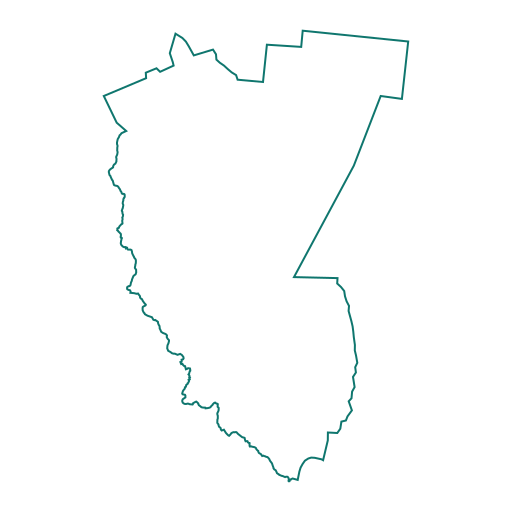 Apostoles, Misiones, Argentina
{"feature_id": "61730980B76555431598408", "entity_name": "Apostoles", "entity_type": "district", "adm_level": 2, "iso_a3": "ARG", "parent_name": "Argentina", "parent_adm1": "Misiones", "projection": "natural_earth1", "projection_center": [-55.748, -27.916], "detail": "fine", "context": "isolated", "style": "outline", "palette": "teal", "viewbox_px": 512, "rotation_deg": 0, "n_neighbors": 0, "source": "geoboundaries", "source_scale": "gbopen_adm2", "svg_char_len": 6098}
<svg xmlns="http://www.w3.org/2000/svg" viewBox="0 0 512 512"><path d="M297.7,479.9L299.4,471.5L300.6,467.6L302.6,464.0L304.9,460.7L308.3,458.5L311.2,457.6L314.7,457.8L321.5,459.3L323.1,460.2L327.8,440.4L327.9,432.5L337.3,433.0L340.3,428.7L341.4,421.6L345.9,420.5L347.5,416.4L351.9,410.4L348.7,401.3L351.5,398.3L352.1,391.6L354.6,387.1L353.8,382.0L353.0,376.9L355.9,372.5L355.2,367.2L357.3,362.8L356.0,355.4L354.8,350.4L354.9,345.0L353.8,337.1L353.3,331.8L352.6,326.4L351.4,321.2L348.6,311.0L349.0,305.9L346.6,301.3L345.0,296.3L344.2,291.0L341.0,287.0L337.2,283.5L337.5,278.1L294.0,277.1L353.8,165.7L380.7,96.0L401.9,98.9L408.2,41.5L302.7,30.7L301.2,46.9L266.9,44.7L263.0,82.0L237.6,79.7L236.1,75.1L231.7,72.4L227.8,69.1L224.0,65.6L219.8,62.7L216.4,59.6L216.0,54.3L213.0,49.6L193.8,55.4L188.7,46.2L185.9,41.6L182.4,38.0L175.5,33.7L169.8,53.2L172.8,62.2L173.6,65.6L160.1,71.8L156.5,68.3L145.8,72.7L146.1,78.2L103.8,96.0L116.7,122.7L126.2,131.0L121.5,133.2L120.4,134.7L119.6,135.3L119.0,137.0L117.7,139.2L117.0,142.5L117.0,144.0L117.5,145.5L117.5,146.6L117.3,147.3L117.2,150.6L117.5,151.6L117.6,152.3L117.2,154.6L116.2,156.8L116.2,157.6L116.5,158.7L116.5,159.7L116.4,160.3L116.4,161.5L115.4,163.6L114.0,164.6L113.5,165.5L113.1,166.4L113.1,167.3L112.6,167.8L111.8,168.2L111.0,168.8L110.3,169.3L109.6,170.0L108.9,171.1L108.8,172.0L109.5,175.0L110.0,175.6L110.3,175.8L111.1,177.9L111.5,178.5L111.9,179.7L112.7,180.5L113.9,184.8L114.5,185.3L115.5,185.6L116.2,185.8L116.7,185.8L117.5,186.1L118.3,186.8L118.7,187.6L120.0,189.4L120.5,190.9L121.1,191.5L121.5,192.4L121.8,193.4L122.4,193.9L123.7,193.9L124.3,194.1L124.6,194.5L124.7,195.7L124.7,196.9L124.1,198.0L123.8,198.1L123.4,199.1L123.3,200.7L123.0,201.4L122.8,202.3L122.7,203.5L123.3,205.0L123.2,205.8L122.7,208.3L122.4,208.9L121.8,210.8L122.4,211.9L122.4,212.8L122.6,213.9L123.1,214.8L122.8,216.7L122.3,217.5L122.6,219.1L122.2,220.8L122.5,223.4L122.3,223.8L121.4,224.2L119.4,226.4L118.8,227.9L117.5,228.3L117.3,228.7L117.5,229.3L117.2,230.2L118.2,231.0L118.3,231.4L119.5,232.5L120.2,233.3L120.7,233.7L120.9,234.4L120.9,235.0L120.9,235.8L120.6,237.0L120.8,237.5L121.3,237.5L121.6,237.7L121.9,238.1L121.5,238.9L121.3,240.3L121.0,241.1L121.0,241.9L120.8,242.8L120.8,243.5L121.0,244.2L121.5,245.2L122.1,245.7L122.5,246.3L123.3,246.8L124.2,247.2L125.1,247.0L125.7,247.1L125.7,247.8L125.9,248.3L126.5,247.8L127.1,247.8L127.1,248.5L127.8,249.5L128.5,249.6L130.6,249.6L131.5,250.1L132.0,251.7L132.1,253.0L132.8,254.7L133.3,255.5L133.4,255.9L134.0,256.8L134.1,257.4L134.6,258.2L135.2,258.7L135.8,259.9L135.9,260.9L135.8,263.1L135.3,264.8L135.3,265.5L134.9,267.3L134.9,267.9L135.2,268.5L135.9,269.4L136.1,269.7L136.2,272.4L135.6,274.3L133.6,275.8L133.1,276.8L132.3,278.8L132.0,279.5L131.8,280.8L131.0,282.5L130.5,285.0L130.2,285.6L129.4,286.1L129.1,286.2L128.9,286.1L127.5,286.8L127.2,287.2L127.1,287.6L127.1,288.9L127.5,289.4L128.1,289.7L128.8,290.0L129.9,290.2L130.6,291.4L130.5,292.4L130.4,292.8L134.3,293.2L136.5,293.8L137.1,293.6L138.2,293.6L138.5,294.4L139.1,295.0L139.6,295.6L140.0,296.3L140.1,297.6L140.9,298.6L141.8,299.0L142.3,299.8L142.6,300.6L144.0,302.6L144.7,303.5L145.8,304.6L145.8,304.9L145.4,305.5L143.4,306.5L142.8,307.0L142.6,308.0L142.6,309.1L142.7,310.4L143.8,312.7L144.5,313.2L144.9,314.2L147.5,315.7L151.9,317.2L153.4,319.8L154.9,320.2L155.3,320.0L157.9,321.8L158.2,323.6L158.8,325.0L159.3,325.6L159.5,326.1L159.7,327.8L159.7,328.6L160.2,329.4L161.2,331.8L163.0,333.0L165.6,334.0L166.7,335.0L166.9,335.4L167.0,335.7L166.7,337.0L167.5,338.6L168.9,340.1L169.0,340.5L169.0,341.1L168.4,343.4L167.5,345.3L167.2,348.3L168.2,350.8L170.6,352.1L171.9,353.2L173.6,353.7L174.9,353.7L177.5,354.8L180.2,353.9L181.9,355.0L183.4,357.0L183.6,358.3L183.1,359.3L181.6,359.7L181.7,361.2L181.3,361.8L180.4,362.1L181.2,364.1L182.4,363.8L183.0,364.9L184.3,366.1L185.1,366.2L185.9,369.3L187.1,368.9L187.6,368.4L188.2,368.2L190.0,368.5L190.2,369.6L190.3,370.3L190.2,370.9L189.8,371.1L189.7,371.5L189.5,372.0L189.1,373.7L188.5,374.4L189.4,375.5L189.4,376.6L189.9,377.3L189.2,377.9L189.7,378.7L189.8,379.3L188.6,379.9L189.1,380.9L188.2,382.9L187.6,383.3L187.6,383.9L186.2,385.0L185.9,386.7L184.9,387.3L184.9,388.1L184.6,388.9L183.8,389.7L182.9,391.1L182.2,393.5L182.6,394.3L185.0,394.8L185.4,395.6L185.4,397.4L182.8,399.2L182.4,400.1L182.2,401.0L182.5,402.0L182.7,402.6L183.6,403.4L184.7,403.9L186.0,404.0L187.7,403.6L188.5,403.7L189.6,404.2L192.6,404.5L192.9,404.1L193.1,403.2L195.6,401.8L196.3,401.6L197.7,402.8L197.9,403.2L198.3,403.5L198.4,404.3L198.9,405.2L200.9,406.7L201.1,407.0L202.0,407.4L203.5,407.6L205.2,407.6L205.7,407.9L205.7,408.3L207.7,408.1L209.8,407.6L210.9,406.7L211.2,406.1L212.5,405.0L212.7,404.4L213.3,403.8L213.7,403.4L214.1,403.0L214.7,402.7L215.4,402.7L215.6,403.1L216.7,403.7L217.2,403.7L217.8,404.1L217.8,404.5L217.6,406.2L217.7,406.9L218.6,407.7L218.7,408.2L218.6,410.3L218.3,411.2L217.3,413.3L217.4,414.7L217.8,415.7L217.8,418.2L217.7,418.9L217.4,419.5L217.3,422.8L217.6,423.4L218.2,424.0L218.6,424.9L218.6,425.5L219.1,426.8L219.5,427.0L220.6,428.0L220.9,429.6L221.7,430.5L223.9,429.7L225.9,432.9L226.8,433.9L228.2,435.3L229.1,435.8L230.3,434.6L231.5,433.0L233.3,432.2L233.9,432.2L234.6,432.3L235.5,432.1L236.5,432.2L238.0,433.9L242.2,437.2L243.9,437.6L244.6,437.9L245.0,439.9L245.6,441.3L247.2,441.1L247.5,441.2L247.9,442.3L248.1,442.5L248.9,443.0L249.5,443.0L249.6,443.4L249.5,444.2L249.6,446.0L250.0,446.6L251.0,446.3L251.3,446.4L251.7,446.6L254.6,447.2L255.6,447.8L256.1,448.3L256.3,449.1L256.8,449.7L257.5,450.4L258.2,450.9L258.2,451.4L258.8,452.8L259.3,453.2L260.9,454.1L261.2,454.6L262.2,456.0L262.9,455.7L263.5,455.7L264.2,456.1L265.2,456.3L266.1,456.8L267.5,457.1L268.4,458.0L269.3,459.1L269.9,460.6L272.0,463.4L272.7,465.6L273.5,467.7L273.5,468.3L274.3,469.4L275.7,470.3L276.4,471.7L277.0,473.2L278.2,474.0L278.6,474.1L279.0,474.7L279.5,475.0L280.0,475.1L281.5,475.8L282.6,476.0L285.1,477.1L285.7,476.8L286.7,476.7L287.6,476.8L288.4,477.8L288.6,478.3L288.8,479.8L288.5,480.9L288.9,481.3L289.5,481.2L290.0,479.8L290.3,479.5L290.7,479.5L290.7,479.4L292.6,478.5L297.7,479.9Z" fill="none" stroke="#0f766e" stroke-width="2"/></svg>